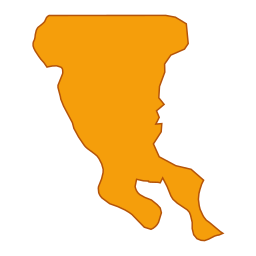 the district of Alexander, Illinois, United States of America
{"feature_id": "52423323B19456558082814", "entity_name": "Alexander", "entity_type": "district", "adm_level": 2, "iso_a3": "USA", "parent_name": "United States of America", "parent_adm1": "Illinois", "projection": "albers", "projection_center": [-89.326, 37.153], "detail": "fine", "context": "isolated", "style": "filled", "palette": "amber", "viewbox_px": 256, "rotation_deg": 0, "n_neighbors": 0, "source": "geoboundaries", "source_scale": "gbopen_adm2", "svg_char_len": 1672}
<svg xmlns="http://www.w3.org/2000/svg" viewBox="0 0 256 256"><path d="M134.2,216.8L144.3,227.2L151.0,229.3L153.2,228.2L155.5,226.4L157.1,224.6L158.5,222.3L161.4,212.8L160.2,208.0L157.1,204.6L151.4,200.0L144.8,197.4L139.8,194.6L138.1,193.0L136.8,191.2L135.8,189.1L135.1,186.6L136.4,180.1L136.6,179.3L143.4,180.8L148.5,181.1L148.6,181.7L150.1,182.1L158.0,182.3L160.2,182.8L162.7,177.9L167.2,186.7L170.9,195.9L173.0,199.3L177.2,203.1L187.3,209.9L189.4,212.3L190.5,215.1L192.2,222.3L192.2,228.6L193.7,234.7L197.0,238.7L201.0,240.3L204.6,240.6L208.7,239.1L214.5,236.1L217.4,235.2L219.0,235.0L222.9,233.3L220.2,231.5L209.2,222.3L206.3,220.2L204.0,217.3L202.8,215.3L200.1,209.4L199.2,205.7L198.4,199.3L198.9,193.7L199.9,189.6L201.7,184.0L203.6,180.2L191.1,169.3L175.8,165.7L159.2,156.8L153.4,143.9L161.2,131.8L161.8,123.6L155.8,124.1L159.2,117.4L156.5,110.8L164.1,104.4L158.8,97.8L159.5,86.4L164.8,72.1L164.6,64.0L170.8,55.1L184.5,49.1L188.2,43.6L186.3,23.8L175.4,17.2L165.7,15.4L49.1,15.5L47.6,16.4L47.4,16.6L46.5,17.6L44.6,21.7L42.6,23.7L38.1,27.3L37.4,28.2L36.3,30.3L35.3,34.6L35.0,37.4L34.4,39.8L33.4,41.9L33.1,43.5L33.1,45.9L33.8,48.1L35.3,51.1L38.8,56.4L41.0,59.4L43.9,62.6L47.0,67.1L47.6,66.9L52.3,66.0L56.6,65.8L60.4,67.0L61.4,67.5L62.3,68.7L62.6,69.7L62.8,72.5L62.6,73.8L58.0,85.3L58.0,87.5L60.4,96.7L60.8,99.1L63.6,106.1L72.4,122.7L73.9,128.4L78.6,137.0L84.1,145.1L85.4,146.7L87.5,148.6L94.4,153.7L97.1,156.0L99.0,158.6L101.7,163.9L103.2,169.3L103.1,172.6L101.6,178.8L98.5,186.7L98.3,188.3L98.7,192.5L99.1,193.7L100.2,195.8L101.9,197.9L109.7,203.7L117.8,206.6L125.1,210.0L129.1,212.4L132.0,214.5L134.2,216.8Z" fill="#f59e0b" stroke="#b45309" stroke-width="1.5"/></svg>